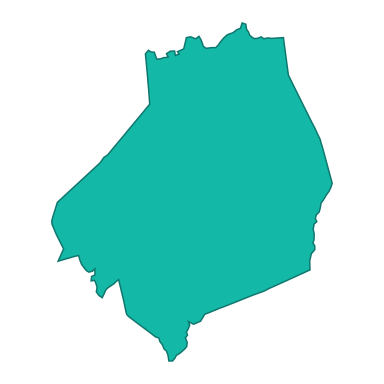 São Bento do Una, Pernambuco, Brazil
{"feature_id": "56859067B23894909261081", "entity_name": "São Bento do Una", "entity_type": "district", "adm_level": 2, "iso_a3": "BRA", "parent_name": "Brazil", "parent_adm1": "Pernambuco", "projection": "robinson", "projection_center": [-36.461, -8.539], "detail": "fine", "context": "isolated", "style": "filled", "palette": "teal", "viewbox_px": 384, "rotation_deg": 0, "n_neighbors": 0, "source": "geoboundaries", "source_scale": "gbopen_adm2", "svg_char_len": 2007}
<svg xmlns="http://www.w3.org/2000/svg" viewBox="0 0 384 384"><path d="M148.4,50.3L145.4,53.9L145.9,58.9L146.7,67.3L147.6,77.3L148.1,83.9L148.6,88.8L149.7,104.2L145.9,108.8L109.3,152.9L107.5,155.1L104.1,157.2L100.0,162.9L57.4,202.3L54.4,211.9L52.5,217.9L51.8,221.0L52.0,224.2L53.7,228.2L56.3,234.4L63.6,248.9L58.1,261.2L74.1,256.5L78.6,255.5L80.0,260.4L81.6,264.4L84.1,267.8L86.5,270.7L88.8,272.1L92.3,271.3L94.9,268.9L94.9,274.9L91.6,276.5L91.1,280.9L94.5,280.3L95.9,283.3L97.1,287.5L96.3,291.8L98.9,295.5L102.2,297.7L104.5,293.0L105.8,289.9L107.9,287.8L113.9,283.8L116.0,281.7L118.6,279.6L123.5,299.9L125.3,308.6L126.5,314.0L128.4,316.4L146.2,329.8L150.0,332.6L155.5,336.9L158.9,338.0L159.8,341.4L162.5,345.0L164.1,349.0L166.4,351.0L167.9,354.9L168.9,361.0L172.6,361.0L174.9,358.2L176.4,355.3L179.2,353.7L181.5,351.9L184.4,349.3L186.7,346.6L187.2,342.4L185.4,337.9L187.5,335.1L186.4,332.2L188.3,328.8L189.7,325.0L188.4,321.6L193.6,324.2L200.6,321.2L204.7,314.3L210.3,312.1L220.2,308.0L223.4,306.9L229.4,304.5L236.8,301.6L251.7,295.6L264.1,291.1L269.5,288.3L276.6,285.1L284.0,281.8L310.0,269.9L309.7,261.0L311.3,253.8L314.8,249.6L314.7,245.7L313.0,243.1L314.0,239.6L314.2,233.7L313.2,229.4L314.1,224.1L316.8,221.6L315.3,218.5L316.4,214.8L319.1,212.1L319.9,209.4L320.6,206.0L321.1,202.9L322.9,200.7L326.2,195.2L329.2,191.0L331.0,187.0L332.2,183.3L322.7,148.2L321.2,143.3L320.1,139.3L317.1,133.0L314.8,128.0L312.1,122.9L293.5,85.5L288.4,75.1L283.4,37.6L271.6,38.4L268.1,37.9L263.7,38.7L261.2,36.9L257.6,38.3L254.3,38.6L251.9,37.1L249.6,35.1L248.5,32.1L246.6,29.3L245.8,24.2L242.1,23.0L240.5,28.2L236.7,29.8L232.9,32.8L229.4,33.9L226.9,35.1L223.6,38.1L220.5,41.8L217.9,45.5L215.8,47.6L212.1,47.6L206.1,48.3L203.4,46.4L201.1,39.9L198.9,36.3L195.7,38.8L190.6,36.8L186.4,37.6L185.1,43.2L183.7,48.9L177.5,51.7L179.2,54.1L175.4,55.4L174.6,51.0L170.3,51.2L166.5,53.7L168.2,57.1L163.1,57.8L160.5,58.9L156.7,59.1L155.5,55.7L154.3,52.2L151.3,52.0L148.4,50.3Z" fill="#14b8a6" stroke="#0f766e" stroke-width="1.5"/></svg>